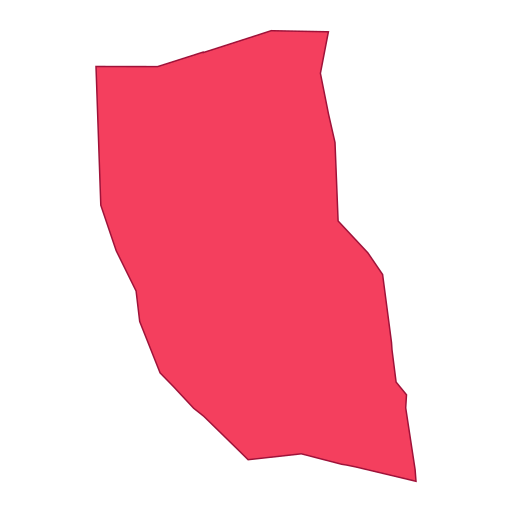 outline of Delgercogt, Dundgovi, Mongolia
{"feature_id": "93677404B64983706769392", "entity_name": "Delgercogt", "entity_type": "district", "adm_level": 2, "iso_a3": "MNG", "parent_name": "Mongolia", "parent_adm1": "Dundgovi", "projection": "mercator", "projection_center": [106.308, 46.266], "detail": "fine", "context": "isolated", "style": "filled", "palette": "rose", "viewbox_px": 512, "rotation_deg": 0, "n_neighbors": 0, "source": "geoboundaries", "source_scale": "gbopen_adm2", "svg_char_len": 544}
<svg xmlns="http://www.w3.org/2000/svg" viewBox="0 0 512 512"><path d="M160.1,372.9L173.2,386.3L193.7,408.3L203.7,416.2L238.3,450.0L248.1,459.7L301.3,453.8L341.8,464.3L346.4,465.0L355.6,466.9L416.0,481.3L415.1,469.6L405.7,407.9L406.5,394.8L396.1,382.1L392.0,349.8L391.5,342.5L388.9,322.5L382.6,274.5L367.9,252.9L338.1,221.0L335.0,142.5L328.5,114.0L320.4,73.3L328.4,31.8L271.2,30.7L203.2,52.6L203.1,52.1L157.6,66.6L96.0,66.5L100.8,205.2L116.2,250.7L136.1,291.0L139.7,321.5L160.1,372.9Z" fill="#f43f5e" stroke="#9f1239" stroke-width="1.5"/></svg>